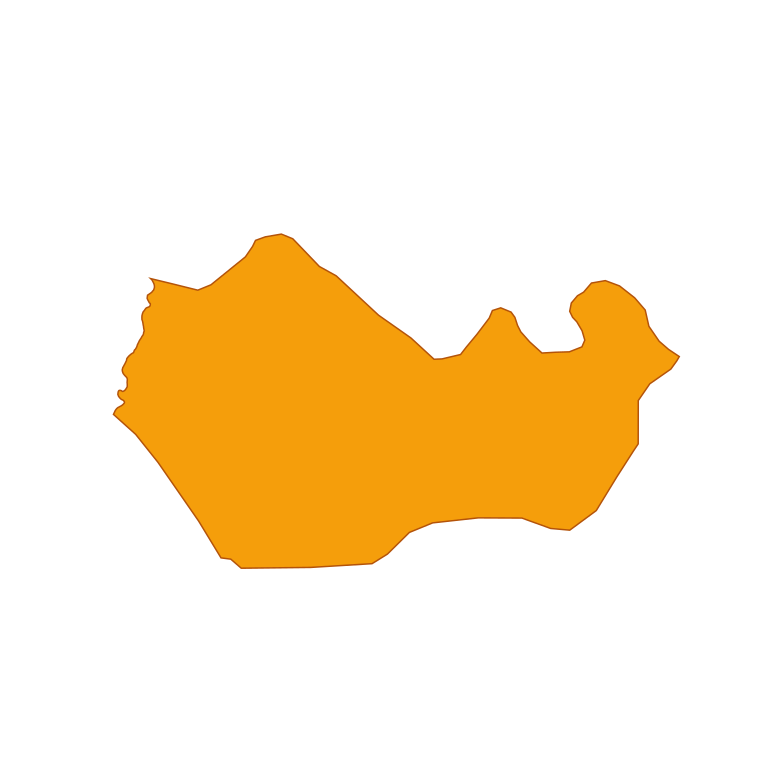 Barros Blancos, Canelones, Uruguay (orthographic projection), rotated 45°
{"feature_id": "84410073B87283476662632", "entity_name": "Barros Blancos", "entity_type": "district", "adm_level": 2, "iso_a3": "URY", "parent_name": "Uruguay", "parent_adm1": "Canelones", "projection": "orthographic", "projection_center": [-56.02, -34.752], "detail": "fine", "context": "isolated", "style": "filled", "palette": "amber", "viewbox_px": 768, "rotation_deg": 45, "n_neighbors": 0, "source": "geoboundaries", "source_scale": "gbopen_adm2", "svg_char_len": 2522}
<svg xmlns="http://www.w3.org/2000/svg" viewBox="0 0 768 768"><g transform="rotate(45 384 384)"><path d="M413.3,615.2L461.8,565.6L502.6,519.5L506.7,501.8L506.9,471.0L516.6,447.8L545.3,412.0L576.3,381.3L604.0,368.3L618.7,356.0L623.6,323.4L614.3,285.0L607.8,255.2L606.1,246.6L575.5,215.9L571.8,195.9L576.3,170.6L574.7,160.7L573.4,155.8L560.8,158.3L548.3,159.2L530.5,155.9L516.4,147.0L500.3,145.8L481.2,148.1L467.4,154.4L459.3,165.9L460.2,177.9L458.4,184.8L459.2,194.3L463.9,201.3L470.2,203.5L476.4,203.7L486.4,206.3L495.0,211.0L497.7,217.8L492.3,230.2L482.8,240.3L473.8,250.4L457.2,251.2L443.9,250.4L437.1,248.2L429.4,244.3L423.0,243.3L412.7,247.6L408.7,255.4L411.8,263.0L414.6,283.3L416.1,299.6L417.3,309.0L407.3,325.2L401.9,331.1L370.5,332.4L331.5,339.2L273.8,341.3L255.2,346.6L216.8,345.8L205.4,350.6L196.0,363.9L191.6,373.3L193.8,379.7L196.1,392.1L191.5,436.2L186.0,449.3L163.1,463.1L144.4,474.5L146.4,474.5L148.4,475.1L150.4,475.8L151.8,476.6L153.2,477.8L154.1,479.3L154.7,480.6L154.7,482.1L154.9,483.2L154.7,484.7L154.4,486.4L154.0,488.4L154.9,489.6L155.9,490.9L157.1,491.4L157.3,491.5L159.0,492.0L160.6,492.5L161.9,492.4L162.9,493.4L163.4,494.6L163.2,495.9L162.5,497.3L162.1,498.5L162.2,499.7L162.5,501.2L162.7,503.3L163.5,505.1L164.6,506.9L165.8,508.2L167.3,509.6L168.8,510.3L170.2,511.2L171.8,512.4L173.2,513.3L174.4,514.3L175.6,515.1L177.0,516.1L177.5,517.4L178.4,518.5L179.0,519.9L179.2,521.4L179.8,523.4L180.1,525.0L180.4,526.4L180.9,527.7L181.5,529.5L181.9,530.7L182.7,532.1L183.2,533.5L183.6,535.1L183.6,536.6L184.2,537.8L184.7,539.0L184.3,540.2L184.0,541.7L183.9,543.1L183.8,544.3L183.9,545.8L184.0,547.0L184.3,548.1L184.8,548.8L185.3,549.5L185.6,550.2L185.9,551.3L186.4,552.5L186.7,553.6L186.9,554.3L187.4,555.9L187.7,557.1L188.3,558.1L188.9,559.1L189.9,559.9L191.0,560.5L192.2,561.0L193.7,561.2L194.9,561.3L196.5,561.3L197.7,561.4L198.4,561.7L199.1,562.1L200.0,563.1L201.3,564.6L202.5,565.6L203.3,566.4L204.2,567.3L204.5,567.9L204.8,569.1L205.1,570.5L205.2,571.7L205.0,572.9L204.7,573.7L204.1,574.3L203.1,574.4L202.4,574.7L201.6,575.3L201.2,576.1L201.3,576.8L201.7,577.7L202.4,578.6L203.1,579.5L203.9,579.9L205.0,580.4L206.3,580.6L207.9,580.7L209.3,580.6L210.4,580.1L211.6,579.9L212.5,580.0L213.3,580.3L213.8,581.1L213.9,582.0L213.9,583.7L213.6,585.3L213.2,586.5L212.9,587.6L212.5,588.8L212.4,590.1L212.4,590.6L212.5,591.4L212.7,592.7L213.2,594.1L213.8,595.7L214.2,596.8L244.0,595.2L279.5,599.2L349.9,612.0L391.7,622.2L399.5,616.2L413.3,615.2Z" fill="#f59e0b" stroke="#b45309" stroke-width="1.5"/></g></svg>